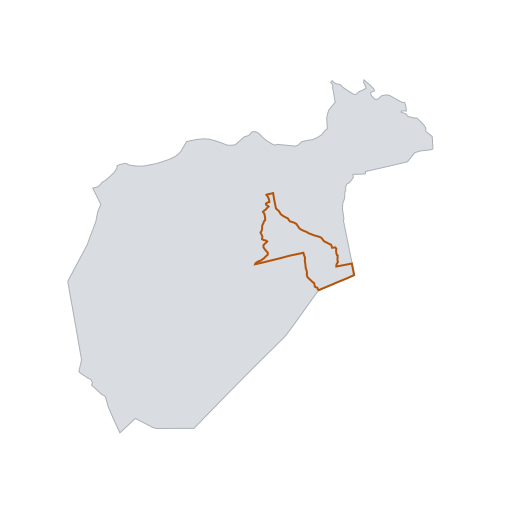 Ingall, Agadez, Niger (highlighted), rotated 168°
{"feature_id": "23599985B91742674817727", "entity_name": "Ingall", "entity_type": "district", "adm_level": 2, "iso_a3": "NER", "parent_name": "Niger", "parent_adm1": "Agadez", "projection": "albers", "projection_center": [6.528, 17.43], "detail": "fine", "context": "in_parent", "style": "outline", "palette": "amber", "viewbox_px": 512, "rotation_deg": 168, "n_neighbors": 0, "source": "geoboundaries", "source_scale": "gbopen_adm2", "svg_char_len": 5019}
<svg xmlns="http://www.w3.org/2000/svg" viewBox="0 0 512 512"><g transform="rotate(168 256 256)"><path d="M401.6,356.3L397.1,356.5L394.4,357.4L391.2,360.1L387.5,361.3L383.1,363.7L380.3,365.5L377.6,367.0L374.0,370.6L372.9,373.3L369.2,373.9L364.1,373.7L360.7,371.1L353.0,368.5L348.1,367.5L345.8,367.3L334.2,367.1L321.8,368.4L315.6,369.8L314.4,370.1L310.9,371.9L307.9,373.8L300.0,382.4L289.4,382.3L283.1,381.5L277.8,380.2L270.2,376.3L260.9,370.3L257.3,369.5L254.1,369.1L253.0,369.2L242.0,375.3L239.9,375.1L237.3,375.8L235.6,377.3L234.3,378.1L233.0,378.2L231.2,377.9L229.5,377.0L227.8,375.3L223.3,368.6L222.3,367.4L220.4,365.4L217.1,362.3L214.9,360.8L213.6,360.5L211.9,360.7L203.1,358.0L194.3,355.2L192.3,355.5L190.9,356.1L187.9,358.2L184.3,358.5L179.7,358.3L177.2,358.0L173.1,358.7L170.4,359.5L166.9,360.8L162.2,364.6L160.9,365.1L159.8,365.7L158.1,376.3L156.8,379.4L154.5,383.6L149.8,387.5L146.6,389.9L146.5,393.1L146.2,398.5L146.1,402.1L146.2,404.5L145.7,405.6L145.5,406.7L145.6,408.2L146.3,409.0L146.8,409.9L146.5,410.7L145.0,411.7L143.4,409.2L141.3,407.5L139.0,406.7L137.4,405.5L136.6,403.8L133.6,400.4L126.8,393.8L126.1,393.6L124.9,393.3L122.9,394.1L121.7,395.1L120.8,395.5L119.5,395.6L116.2,396.3L113.5,397.3L113.4,398.2L114.6,403.2L113.9,405.8L112.8,404.5L109.0,399.5L106.5,395.7L106.0,394.9L105.7,393.6L105.9,393.0L107.0,392.7L109.4,392.2L109.9,391.9L110.1,390.9L109.7,388.9L108.4,386.4L107.1,384.6L106.3,384.3L104.8,384.2L103.3,384.4L100.2,386.4L98.9,386.7L95.9,386.5L93.2,386.0L91.5,384.9L86.7,380.6L81.4,376.1L79.1,375.4L78.6,375.0L78.3,371.6L78.6,367.5L78.9,366.5L81.1,367.2L83.5,367.6L84.3,366.8L82.4,365.4L79.7,363.8L78.8,361.6L78.0,360.8L76.8,360.0L75.4,359.5L73.9,358.9L73.0,358.2L71.4,357.9L69.7,357.3L67.4,353.7L65.1,350.2L63.8,347.4L63.3,345.7L64.1,342.9L63.4,341.8L60.9,338.9L58.8,336.2L59.4,332.1L60.0,328.7L60.1,326.6L60.5,325.3L60.8,324.0L62.3,323.6L66.0,323.8L73.3,324.6L79.1,324.1L79.4,324.0L83.6,320.4L88.2,316.7L95.1,316.5L102.4,316.3L108.2,316.2L116.7,316.1L123.5,316.0L131.4,315.9L131.6,314.1L132.1,313.7L132.9,313.7L138.7,314.7L144.1,315.7L144.6,312.4L149.4,308.3L152.2,307.5L152.8,306.8L153.7,305.4L154.3,303.2L154.5,301.7L155.6,300.4L156.3,298.0L157.4,293.9L160.1,289.6L161.7,283.8L162.0,278.1L162.3,273.8L163.1,272.9L163.2,265.2L163.3,257.5L163.3,251.0L163.4,242.9L163.5,235.7L163.5,228.0L163.6,221.1L163.6,216.5L169.1,215.5L174.7,214.4L182.9,212.8L191.8,211.1L201.4,209.2L203.6,208.0L210.9,201.4L214.2,198.4L220.7,192.4L225.7,187.8L232.1,182.0L238.8,176.1L244.2,171.4L252.6,166.0L265.2,157.9L277.8,149.8L290.4,141.6L302.9,133.4L315.3,125.2L327.7,116.9L340.1,108.7L352.5,100.3L365.2,103.0L377.2,105.5L389.4,108.0L392.3,109.5L398.9,114.9L407.4,121.8L407.8,121.9L408.2,122.0L415.9,117.3L425.9,111.3L429.3,126.3L431.9,139.2L432.4,147.5L432.6,149.6L433.5,151.0L435.5,152.4L443.7,164.0L442.2,166.2L443.5,169.8L445.6,171.3L452.3,178.2L453.2,179.5L452.9,180.7L448.8,189.3L448.2,191.4L447.8,202.2L447.5,209.8L447.1,220.2L446.7,232.7L446.3,243.2L445.9,257.1L445.4,270.3L439.2,277.8L428.0,291.1L418.9,301.9L414.4,309.1L405.5,323.0L401.7,332.0L398.5,336.7L397.0,338.7L398.7,345.1L401.6,356.3Z" fill="#d9dde1" stroke="#a8b0b8" stroke-width="1"/><path d="M213.4,281.6L215.7,282.9L217.2,286.4L217.9,286.9L218.9,287.5L219.5,288.2L220.5,288.9L221.5,289.9L223.1,291.8L224.4,295.5L225.1,296.2L226.6,298.4L226.5,306.5L226.2,314.0L230.2,313.9L232.8,313.8L233.1,313.7L232.1,311.6L231.7,309.7L231.5,307.9L231.7,306.7L231.8,306.0L233.1,306.0L234.6,305.6L235.4,305.1L235.4,303.9L234.3,302.9L233.4,301.7L234.4,301.1L234.8,300.8L235.9,300.3L236.5,299.5L237.9,299.0L240.0,297.8L239.0,295.3L239.1,291.5L239.6,289.1L240.0,289.0L241.3,287.9L241.4,287.4L242.3,286.1L243.2,285.1L243.8,283.8L244.2,282.1L244.4,281.0L245.3,279.4L246.0,278.6L246.7,278.1L246.4,276.8L245.7,273.9L245.8,273.4L246.5,271.6L246.6,271.2L245.0,269.9L243.6,269.4L242.1,268.1L242.0,267.9L243.1,267.2L243.9,266.6L245.2,266.0L246.2,265.2L246.5,264.9L246.8,263.4L246.8,262.8L246.3,261.4L244.7,258.2L243.8,256.9L243.8,256.6L244.0,256.1L244.1,255.2L244.5,254.6L244.8,254.5L246.6,253.5L248.1,252.5L249.2,251.8L250.3,251.5L252.2,250.5L254.2,250.4L256.2,249.8L257.0,249.5L257.5,249.2L258.2,248.7L258.6,248.1L251.4,248.2L245.3,248.4L232.5,248.8L223.3,249.3L209.0,249.3L208.9,247.2L208.7,245.7L208.4,244.6L208.5,243.8L208.9,242.5L209.3,240.8L209.4,238.1L209.8,234.4L209.9,233.3L209.6,232.7L209.6,228.9L210.2,227.5L210.0,224.5L208.1,221.7L207.0,220.2L206.0,218.6L204.8,217.5L204.8,213.8L204.1,213.0L202.7,212.4L202.4,211.5L202.4,210.3L201.5,209.6L197.6,210.4L190.1,211.8L181.6,213.5L175.3,214.6L170.6,215.5L164.4,216.9L164.0,217.0L163.8,228.7L179.6,229.0L179.3,230.4L178.5,231.7L177.1,233.0L177.2,235.1L176.0,239.5L176.7,240.1L176.8,242.3L176.6,244.6L175.9,246.2L176.6,247.9L179.8,248.2L180.2,251.4L181.6,252.4L186.0,256.0L186.7,256.8L188.3,260.3L190.1,261.6L195.0,264.2L198.2,266.3L200.1,267.5L200.7,268.4L202.7,269.8L204.1,270.7L206.6,272.6L207.7,273.9L208.6,275.9L209.8,278.9L211.6,280.6L213.4,281.6Z" fill="none" stroke="#b45309" stroke-width="2"/></g></svg>